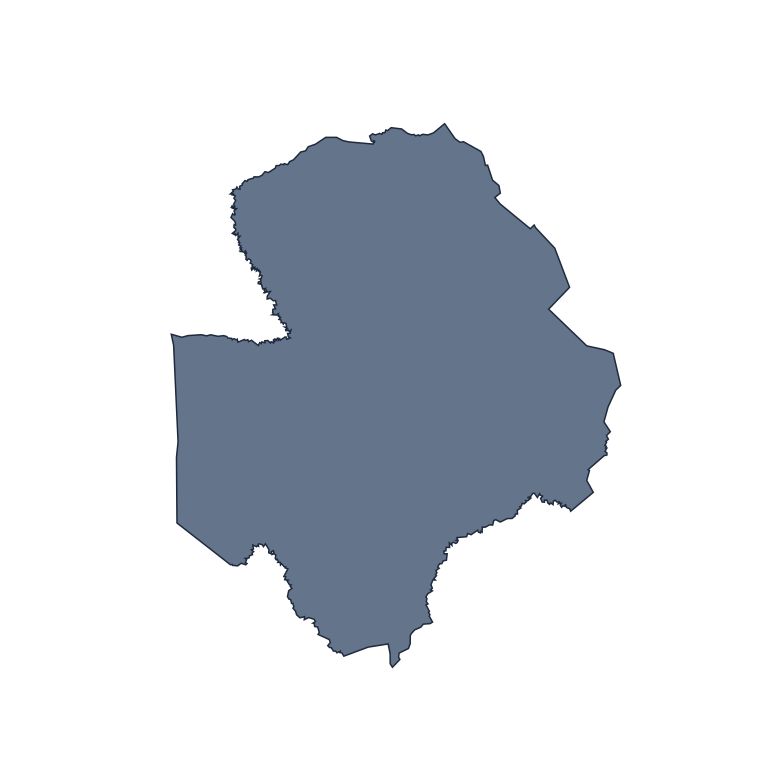 Villaguay, Entre Ríos, Argentina (Robinson projection), rotated 304°
{"feature_id": "61730980B76391862557900", "entity_name": "Villaguay", "entity_type": "district", "adm_level": 2, "iso_a3": "ARG", "parent_name": "Argentina", "parent_adm1": "Entre Ríos", "projection": "robinson", "projection_center": [-59.127, -31.648], "detail": "fine", "context": "isolated", "style": "filled", "palette": "slate", "viewbox_px": 768, "rotation_deg": 304, "n_neighbors": 0, "source": "geoboundaries", "source_scale": "gbopen_adm2", "svg_char_len": 6171}
<svg xmlns="http://www.w3.org/2000/svg" viewBox="0 0 768 768"><g transform="rotate(304 384 384)"><path d="M135.9,502.9L157.0,518.0L170.8,532.8L163.9,539.8L155.5,545.6L153.9,549.4L164.5,551.2L165.8,548.8L169.4,547.0L178.4,552.2L183.5,550.9L190.2,546.4L192.7,546.3L197.3,546.9L203.0,550.5L206.9,550.9L211.1,556.2L213.8,557.4L216.8,551.4L218.5,551.0L219.5,548.6L220.9,548.8L224.4,542.3L226.3,543.4L227.2,540.7L230.0,539.7L230.9,537.8L234.6,537.6L239.6,539.8L239.4,537.7L241.7,538.3L243.9,535.2L248.8,534.1L250.2,536.1L250.6,534.2L254.5,534.7L255.1,533.2L257.0,533.5L258.4,531.4L262.1,532.8L262.4,530.8L266.0,530.6L267.3,532.4L270.5,532.0L272.8,534.3L278.6,531.3L276.9,528.8L278.8,527.0L280.3,528.6L283.4,526.9L285.2,529.8L288.8,527.1L288.3,530.5L289.7,529.3L291.5,529.8L292.0,532.7L293.5,533.3L295.4,533.0L294.9,531.2L296.2,532.1L297.4,530.3L303.6,537.9L306.8,537.0L307.8,540.5L315.2,543.4L314.0,545.1L314.5,547.3L316.0,546.7L316.0,548.2L320.3,545.6L322.1,548.2L326.2,550.2L327.8,553.0L332.3,551.3L334.0,552.6L334.6,557.6L341.3,561.4L344.2,565.4L347.9,566.5L349.6,565.6L350.9,567.4L353.8,565.1L357.8,566.8L358.2,565.2L360.0,566.1L362.3,565.2L363.0,567.2L365.5,567.9L366.5,566.6L367.4,568.4L371.3,569.5L370.1,566.3L372.6,568.6L376.3,568.4L377.5,569.8L375.7,574.6L380.1,574.4L379.2,575.7L379.7,578.2L376.7,577.8L374.6,581.1L375.7,583.1L377.6,582.1L378.8,584.2L376.9,586.4L377.6,588.0L376.1,588.3L378.7,589.0L378.5,591.6L381.6,590.0L383.4,590.9L382.8,593.2L384.2,595.1L382.1,595.4L384.4,597.6L382.1,598.0L381.1,600.2L383.0,600.5L383.9,602.5L385.8,601.5L383.7,604.4L384.4,607.8L382.9,609.9L411.2,618.1L417.4,606.0L427.2,602.7L427.1,601.1L447.7,606.6L449.8,608.5L451.6,607.3L451.8,604.9L455.5,604.6L454.9,603.5L456.7,603.1L456.5,601.6L460.2,601.1L460.5,600.0L463.7,600.9L465.6,597.3L471.0,598.3L475.6,587.5L490.2,582.6L508.4,579.6L515.2,581.0L537.6,556.9L535.8,547.9L529.0,530.8L538.1,478.6L567.9,483.8L592.1,449.6L598.3,422.4L599.8,419.6L594.5,418.4L598.2,379.6L600.6,371.6L607.3,373.7L612.8,368.3L613.7,360.0L623.4,347.5L621.9,345.9L628.4,339.0L631.0,334.3L629.3,314.5L626.9,311.9L627.1,305.8L633.7,288.7L619.9,284.6L615.2,281.3L612.6,276.4L609.5,274.6L609.9,273.4L607.4,271.4L607.7,269.4L606.0,267.5L604.9,263.2L605.3,256.0L600.5,246.6L596.1,245.3L595.6,243.5L592.9,244.2L591.5,242.3L589.9,242.7L589.3,240.3L585.7,237.6L585.1,234.7L581.5,233.4L578.4,237.6L578.5,239.6L580.1,239.6L579.9,240.7L576.8,240.8L565.1,219.6L562.8,213.8L562.0,206.8L555.9,197.8L544.3,193.0L538.4,188.5L533.5,188.6L529.7,185.2L519.3,183.6L515.6,181.4L512.0,181.5L510.9,178.0L509.7,178.1L508.6,175.5L506.5,175.0L504.7,172.4L502.4,173.2L494.8,170.0L493.4,166.6L488.7,166.1L485.5,164.2L483.1,160.4L481.7,160.6L477.4,157.0L475.6,157.3L474.9,155.0L470.6,154.4L469.7,155.3L467.1,153.8L465.0,155.7L464.2,154.1L465.0,151.9L462.9,152.2L460.3,149.9L459.8,151.3L455.7,150.4L456.9,152.0L455.2,152.3L457.4,152.8L456.6,153.8L457.3,154.3L456.5,154.2L456.6,155.6L454.0,155.7L453.4,158.3L448.9,158.8L448.0,160.5L446.4,160.1L446.8,158.5L444.9,158.7L445.3,161.1L447.1,161.4L445.8,162.2L446.8,163.6L443.7,162.9L441.2,165.8L440.3,165.3L440.5,163.3L436.5,164.0L435.5,169.2L434.1,171.1L432.8,172.0L432.4,170.6L429.8,172.0L429.6,174.4L428.3,175.2L424.0,174.0L424.3,176.7L425.2,176.3L424.3,178.1L427.3,178.6L424.4,180.8L425.8,181.9L422.0,181.7L421.1,184.2L419.9,184.4L420.2,185.6L418.0,185.9L418.4,188.2L416.3,188.4L417.1,189.8L415.3,189.8L416.0,190.3L415.3,191.5L413.6,190.9L415.3,194.5L416.9,194.7L416.2,195.8L414.9,194.9L414.3,195.8L415.3,196.9L413.0,197.2L412.9,198.3L410.1,199.9L410.0,201.4L412.0,201.4L412.3,203.8L411.4,205.2L409.4,205.4L409.7,208.3L408.0,208.6L407.9,210.4L405.9,209.1L404.5,210.6L408.4,211.8L406.5,213.0L408.6,214.3L406.4,215.1L408.6,216.2L408.0,218.1L407.5,217.0L407.1,219.1L403.9,220.3L405.4,221.0L405.4,222.5L403.1,223.1L401.5,222.1L401.9,223.3L400.5,224.4L398.2,222.8L396.9,223.5L397.6,225.6L399.0,225.5L395.0,230.3L396.9,232.3L394.7,232.2L393.9,234.0L391.9,233.2L394.1,235.0L395.8,234.3L395.2,236.1L397.1,238.0L391.5,238.1L389.1,239.6L391.5,241.8L391.1,245.7L392.5,247.4L389.5,250.8L387.9,248.3L385.6,252.0L383.8,250.1L380.8,251.8L380.3,253.5L379.0,252.7L380.9,256.1L383.2,257.2L381.3,258.0L381.3,259.3L382.5,259.1L381.0,259.9L381.3,261.0L378.8,260.8L379.5,262.9L377.3,264.3L378.2,265.4L377.4,267.0L378.7,266.9L379.5,268.6L376.8,271.5L375.7,269.9L375.9,272.8L374.0,272.0L373.3,272.9L374.7,274.5L375.4,273.8L374.6,276.0L376.6,276.7L373.4,277.8L372.0,275.8L369.7,278.2L369.8,280.5L366.7,278.3L368.2,276.6L367.7,275.7L362.3,273.5L363.2,272.3L361.2,271.9L362.8,270.9L362.4,270.0L359.9,270.1L360.4,268.4L358.9,267.7L357.8,268.3L358.5,269.4L356.3,269.5L355.9,266.8L354.4,266.9L355.1,263.4L353.2,261.0L351.6,262.2L350.6,259.2L348.8,259.6L348.9,257.9L345.6,258.2L346.2,249.7L343.3,248.0L344.6,246.4L342.5,244.5L342.8,243.3L337.0,239.5L339.1,237.3L338.1,237.0L337.7,234.3L335.8,233.5L336.7,232.3L334.9,229.1L335.4,227.0L334.4,224.0L330.7,219.7L327.9,212.8L324.7,210.0L322.7,205.0L314.5,194.4L309.7,190.3L306.3,179.8L298.4,188.0L220.9,245.6L207.1,253.0L153.0,290.1L148.3,357.9L149.5,359.0L149.0,360.0L151.4,364.4L155.5,365.8L156.8,370.5L158.6,370.8L158.4,369.0L161.7,368.3L161.8,366.5L164.2,369.3L166.4,368.6L169.0,370.4L169.9,369.2L172.2,369.6L172.3,366.7L174.2,368.1L177.1,365.3L177.8,369.3L179.0,369.4L179.3,370.8L180.8,369.3L181.6,369.8L182.7,372.8L181.8,375.0L185.2,375.1L182.4,381.2L179.6,382.8L180.2,386.0L181.9,384.4L183.9,385.3L183.1,386.8L180.7,387.0L181.7,387.7L181.7,390.0L178.5,391.4L178.0,393.0L179.0,393.4L177.9,395.6L176.7,395.7L178.1,397.7L176.1,399.4L177.7,399.6L176.7,403.5L177.4,404.6L176.3,404.9L177.0,407.7L168.4,408.6L169.2,410.3L166.2,411.1L167.8,414.3L166.5,413.9L164.7,417.9L165.5,419.4L163.8,419.4L163.1,421.9L159.3,420.6L153.7,422.9L152.5,425.5L153.1,427.1L150.4,430.1L151.2,431.1L148.8,433.8L147.2,433.9L146.2,437.7L143.8,440.6L143.2,445.1L146.7,448.2L144.0,449.7L148.2,452.1L149.9,457.6L148.6,460.1L146.0,458.8L146.5,460.0L144.2,462.1L145.4,464.9L141.9,469.2L139.5,469.4L141.5,481.6L139.6,484.1L135.6,483.7L135.1,486.2L135.9,487.8L134.3,491.4L135.5,493.3L134.8,495.3L138.1,497.2L136.7,497.7L137.5,499.6L135.9,502.9Z" fill="#64748b" stroke="#1e293b" stroke-width="1.5"/></g></svg>